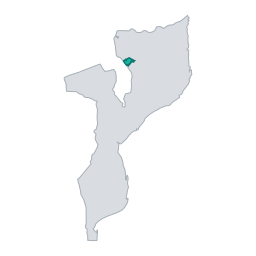 location of Ngauma, Niassa, Mozambique
{"feature_id": "85939544B1529593178446", "entity_name": "Ngauma", "entity_type": "district", "adm_level": 2, "iso_a3": "MOZ", "parent_name": "Mozambique", "parent_adm1": "Niassa", "projection": "robinson", "projection_center": [35.668, -13.833], "detail": "fine", "context": "in_parent", "style": "filled", "palette": "teal", "viewbox_px": 256, "rotation_deg": 0, "n_neighbors": 0, "source": "geoboundaries", "source_scale": "gbopen_adm2", "svg_char_len": 5117}
<svg xmlns="http://www.w3.org/2000/svg" viewBox="0 0 256 256"><path d="M77.6,179.4L79.3,178.0L90.4,164.7L91.1,164.2L90.2,162.0L91.6,159.4L91.8,155.4L92.2,154.8L93.9,153.5L96.2,149.4L97.7,146.2L97.9,144.6L95.7,140.3L95.1,138.0L95.7,135.9L95.9,134.1L95.7,133.4L94.3,132.7L94.1,131.8L94.1,130.8L94.4,130.3L96.0,129.4L96.3,128.9L97.6,123.8L97.2,120.0L97.1,115.7L97.4,111.2L97.3,108.6L96.3,105.7L96.1,103.6L96.9,102.1L97.0,101.2L94.5,100.7L93.2,99.5L88.5,97.6L84.9,97.3L81.9,94.4L79.5,93.9L76.4,91.7L66.8,91.3L66.5,91.1L66.1,84.6L65.7,82.5L64.5,80.2L64.2,78.6L64.3,77.5L69.6,75.2L79.9,71.9L82.2,70.8L99.9,64.1L100.4,64.5L102.2,67.9L105.2,71.7L105.9,71.2L110.1,70.6L110.8,70.1L112.0,69.8L113.5,69.5L114.0,69.8L115.6,72.2L116.2,76.6L116.2,79.6L116.1,81.8L114.8,84.2L113.9,87.4L112.5,89.1L112.6,89.9L114.1,91.7L114.4,92.5L114.3,94.2L114.6,94.8L115.9,95.8L116.9,97.3L120.8,101.9L121.8,102.7L122.5,102.9L122.9,103.8L122.7,104.8L122.1,105.4L122.4,106.2L123.1,106.9L124.9,106.8L125.1,106.5L125.0,102.5L124.3,100.2L123.6,99.1L125.1,94.8L125.9,93.6L128.8,93.1L130.1,92.7L130.6,92.2L131.1,90.8L131.4,87.0L131.5,83.4L131.2,81.3L131.7,78.2L132.3,76.2L132.0,75.8L131.7,73.2L124.5,62.5L120.4,57.8L119.7,57.3L117.5,56.9L116.3,55.1L115.3,45.6L113.8,38.7L116.2,34.2L116.9,31.2L117.4,30.8L119.4,30.6L126.6,30.7L128.3,31.0L129.1,30.7L131.0,28.9L132.5,29.0L134.6,30.1L135.7,31.1L135.9,31.9L137.3,32.4L139.8,32.6L141.7,32.1L142.9,31.1L144.1,30.6L145.4,30.5L146.4,30.9L147.0,31.6L148.3,32.2L150.1,32.5L152.2,32.0L154.4,30.7L155.7,29.3L156.3,27.1L156.8,26.8L159.9,26.5L161.5,27.0L163.6,28.4L167.3,25.9L169.6,25.0L171.9,25.0L173.7,24.4L175.1,23.2L176.6,22.4L179.7,21.5L181.7,20.3L187.5,15.4L188.1,16.8L189.3,18.1L187.8,19.5L189.1,20.4L188.1,21.8L188.0,22.7L188.4,23.6L187.8,25.2L186.9,26.4L186.7,27.3L187.4,28.9L187.0,31.8L188.2,36.5L187.8,38.1L188.1,41.9L187.6,43.2L188.4,43.7L188.8,45.2L188.4,47.8L187.1,48.9L187.0,50.0L188.6,50.0L188.6,53.3L188.4,54.2L188.7,55.3L188.3,56.6L188.8,61.8L188.9,65.6L188.9,66.2L190.3,66.9L190.3,67.9L189.4,69.3L189.4,71.3L190.4,69.7L191.0,69.7L191.5,70.4L191.5,72.7L191.8,73.8L191.7,74.8L190.1,76.7L190.0,78.6L189.3,78.8L189.0,79.3L189.5,80.3L189.4,81.3L188.3,84.2L182.9,91.1L182.7,92.3L181.3,94.5L179.9,94.9L179.0,95.5L179.7,97.4L172.4,102.3L171.7,103.0L170.5,104.8L168.1,105.7L165.5,105.8L165.1,106.2L159.2,108.5L158.1,109.6L155.6,110.6L151.7,113.0L148.4,115.3L144.8,118.8L144.3,120.7L142.6,123.1L140.0,126.0L138.5,128.4L138.4,129.5L137.5,129.8L136.7,128.8L136.4,130.7L135.7,130.9L135.0,130.5L131.8,132.5L129.4,134.9L126.0,139.4L121.0,143.8L119.9,143.9L118.3,142.4L117.4,142.3L118.7,143.9L118.6,147.6L118.0,151.9L118.1,152.9L121.4,157.4L123.0,162.8L123.2,165.5L124.8,169.1L125.6,174.4L125.4,179.3L126.2,180.1L126.5,179.4L126.6,176.3L127.1,175.4L127.5,175.6L128.0,177.3L128.1,179.0L127.5,182.9L127.7,184.5L128.5,187.1L127.5,190.1L126.1,198.6L126.4,199.1L127.2,199.3L127.4,198.4L127.9,198.4L128.1,198.9L127.5,202.2L126.9,203.7L124.7,207.2L123.5,208.8L121.6,210.3L117.1,212.6L108.0,216.0L102.2,218.6L97.7,221.8L95.7,223.9L94.9,226.3L93.3,228.9L94.7,231.0L96.4,232.5L97.2,230.0L97.6,230.0L96.9,240.5L90.6,240.6L88.8,240.3L87.8,240.3L87.7,235.9L86.9,232.7L87.2,230.3L87.1,229.1L85.8,228.2L85.4,225.7L86.2,223.7L86.1,207.7L83.8,199.8L80.8,194.2L80.6,191.4L79.2,185.2L77.6,179.4ZM117.7,38.1L118.5,37.7L118.6,36.9L118.1,36.5L117.7,36.6L117.5,37.8L117.7,38.1ZM117.2,36.6L116.6,36.1L116.2,36.2L116.0,36.7L116.5,37.4L117.0,37.4L117.2,36.6Z" fill="#d9dde1" stroke="#a8b0b8" stroke-width="1"/><path d="M123.5,61.1L124.3,62.3L126.2,64.8L126.3,64.8L126.5,64.8L126.5,65.0L126.8,65.2L127.0,65.2L127.1,65.3L127.3,65.4L127.3,65.5L127.3,65.4L127.5,65.4L127.7,65.2L127.7,65.3L127.8,65.3L127.9,65.2L128.0,65.2L128.1,65.3L128.1,65.2L128.3,65.3L128.3,65.2L128.5,65.1L128.6,64.9L128.8,65.0L128.9,64.9L129.0,64.8L129.2,64.7L129.3,64.7L129.4,64.4L129.5,64.3L129.4,64.3L129.4,64.2L129.5,64.2L129.6,63.9L129.8,63.7L130.0,63.5L130.2,63.4L130.3,63.4L130.3,63.2L130.5,63.0L130.5,62.9L130.4,62.9L130.5,62.8L130.5,62.7L130.8,62.5L130.8,62.4L130.9,62.5L131.0,62.5L131.1,62.4L131.1,62.2L131.3,62.1L131.4,61.9L131.5,61.9L131.6,61.7L131.8,61.6L132.0,61.4L132.0,61.2L132.1,61.3L132.3,61.4L132.3,61.5L132.5,61.6L132.6,61.8L132.8,61.8L132.7,61.7L132.8,61.7L133.0,61.7L133.2,61.8L133.2,61.7L133.3,61.7L133.2,61.7L133.3,61.6L133.5,61.5L133.7,61.4L133.8,61.4L133.7,61.4L133.9,61.3L134.0,61.3L134.1,61.2L134.3,61.0L134.4,60.9L134.2,60.9L134.1,60.7L134.0,60.4L133.9,60.4L133.5,60.2L133.4,60.2L133.2,60.0L133.0,59.9L132.9,59.9L132.6,59.8L132.3,59.5L131.8,59.4L131.5,59.2L131.2,59.2L130.9,59.0L130.7,59.0L130.7,58.9L130.7,58.6L130.1,58.4L129.8,58.2L129.6,58.2L129.3,58.0L129.1,57.9L128.9,57.9L128.8,58.0L128.7,58.0L128.4,58.2L128.3,58.3L128.2,58.3L128.0,58.5L127.9,58.5L127.7,58.6L127.5,58.8L127.4,58.9L127.2,58.9L127.2,59.0L126.9,59.3L126.7,59.4L126.7,59.5L126.4,59.5L126.3,59.8L126.2,59.8L126.2,60.0L126.1,59.9L125.9,59.9L125.9,60.0L125.8,59.9L125.8,60.0L125.7,60.0L125.3,60.0L125.2,60.0L124.9,60.0L124.9,60.3L124.7,60.4L124.4,60.4L124.1,60.5L123.8,60.7L123.8,60.8L123.7,60.9L123.5,61.0L123.5,61.1Z" fill="#14b8a6" stroke="#0f766e" stroke-width="1.5"/></svg>